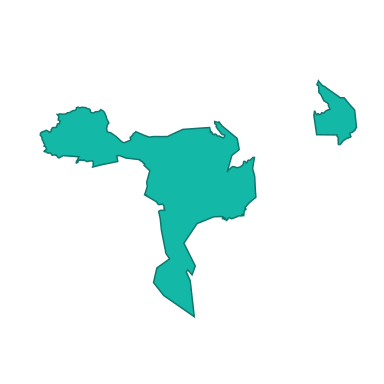 Putla Villa de Guerrero, Oaxaca, Mexico, rotated 276°
{"feature_id": "50627088B16530666088464", "entity_name": "Putla Villa de Guerrero", "entity_type": "district", "adm_level": 2, "iso_a3": "MEX", "parent_name": "Mexico", "parent_adm1": "Oaxaca", "projection": "orthographic", "projection_center": [-97.862, 16.982], "detail": "fine", "context": "isolated", "style": "filled", "palette": "teal", "viewbox_px": 384, "rotation_deg": 276, "n_neighbors": 0, "source": "geoboundaries", "source_scale": "gbopen_adm2", "svg_char_len": 5956}
<svg xmlns="http://www.w3.org/2000/svg" viewBox="0 0 384 384"><g transform="rotate(276 192 192)"><path d="M86.1,174.7L68.2,207.3L103.6,199.5L111.9,194.7L114.1,196.0L109.6,200.7L118.7,203.0L140.2,189.3L161.1,200.3L169.6,216.2L170.6,223.1L170.7,225.4L170.2,225.4L169.9,225.1L168.9,225.0L168.6,225.5L168.5,225.9L168.7,226.3L168.9,226.0L169.1,226.3L169.4,226.5L169.5,226.3L169.6,226.5L169.2,226.7L169.2,226.9L169.3,226.9L169.5,227.1L169.4,227.6L169.2,227.5L169.1,227.2L168.1,227.4L168.2,227.8L168.5,228.1L168.0,228.9L167.6,229.3L167.3,229.3L167.4,229.5L168.0,229.9L168.5,230.1L168.7,230.5L170.5,231.7L169.5,233.8L169.8,234.8L171.0,237.2L171.6,238.4L171.8,239.0L172.3,239.5L173.1,241.0L173.3,241.9L173.3,243.6L173.7,244.5L174.6,244.0L175.0,244.4L174.1,245.9L175.2,245.9L178.6,245.9L179.4,246.3L179.9,247.1L180.7,247.5L181.2,246.8L181.7,246.4L181.8,246.2L187.0,249.8L193.5,256.1L200.7,254.8L214.2,252.7L221.7,249.8L232.9,250.5L232.7,248.9L231.9,248.4L230.8,247.5L230.5,247.1L230.0,246.8L229.7,246.4L229.5,244.6L229.0,244.2L227.0,243.6L226.7,243.2L228.0,241.3L228.0,240.7L227.6,240.2L227.1,240.1L225.3,240.1L224.1,239.7L223.0,238.5L222.6,238.0L222.3,237.7L221.8,237.2L221.6,236.2L221.1,235.2L221.0,234.6L221.0,233.1L221.5,231.9L221.5,229.6L220.2,228.3L218.9,227.3L218.5,226.6L217.4,225.6L215.3,224.9L232.5,227.8L239.1,234.5L249.2,231.6L250.2,231.1L260.8,215.0L265.0,211.1L263.7,211.6L264.5,207.2L262.4,207.5L261.9,208.1L261.3,209.2L260.6,209.6L259.7,209.1L258.9,209.6L258.4,210.0L257.3,211.0L256.4,211.7L255.9,212.3L255.3,213.4L254.5,213.6L253.8,214.3L252.2,216.1L252.3,217.1L251.9,218.7L251.1,218.7L249.1,217.9L249.2,216.6L249.6,216.1L249.5,215.3L249.9,214.8L250.1,214.1L250.5,213.5L250.5,212.7L250.3,211.9L250.8,210.6L251.6,210.3L252.0,209.4L251.8,208.0L251.3,207.9L251.6,207.3L251.6,206.2L252.2,206.2L253.3,205.5L253.5,204.5L253.8,205.2L254.5,204.3L254.7,203.9L258.0,202.8L253.3,176.3L246.0,164.0L244.5,161.8L244.5,160.3L244.1,157.9L243.2,148.3L242.1,143.7L243.4,138.4L246.1,129.8L244.7,128.7L243.9,127.7L243.2,127.2L242.6,127.3L241.4,126.3L240.5,125.7L240.2,125.3L240.1,124.9L238.8,125.0L238.3,125.7L237.2,125.6L233.9,119.3L234.1,118.1L234.9,116.5L239.1,110.9L242.3,105.3L242.7,103.8L242.5,103.0L242.6,102.3L242.9,102.1L243.4,101.2L246.4,100.4L247.1,100.6L249.9,100.7L250.7,101.2L251.0,101.6L251.9,102.1L256.1,99.4L257.6,99.1L262.0,96.6L262.8,95.8L263.7,94.5L264.1,93.1L264.4,92.8L262.3,91.0L261.8,87.7L260.9,86.6L260.4,85.7L260.3,84.9L260.4,83.7L260.6,83.1L261.5,82.6L263.4,81.9L263.7,81.5L263.9,80.5L263.9,79.6L264.5,78.2L264.8,77.2L264.8,73.6L264.0,71.7L264.1,71.1L264.5,69.8L263.8,68.3L263.5,68.2L262.9,68.3L261.5,67.9L261.0,67.2L260.5,65.2L260.0,64.3L258.2,62.0L257.8,60.0L257.5,59.5L257.0,59.0L256.3,58.2L255.9,55.3L255.8,51.9L255.3,51.6L255.0,51.2L255.0,49.9L252.8,51.9L252.4,51.8L251.5,51.4L249.6,51.4L249.4,52.6L249.2,53.1L249.0,53.4L247.5,53.0L246.6,53.1L246.2,53.0L246.0,52.8L245.8,51.4L245.6,51.1L242.2,50.4L241.4,46.6L241.1,46.3L240.1,46.0L239.2,45.5L238.7,45.5L238.3,45.7L237.9,45.7L237.4,45.2L237.2,44.8L236.9,44.4L236.5,44.3L236.3,44.1L236.4,43.8L236.8,43.2L237.2,42.9L237.9,41.5L238.1,40.7L238.0,40.1L237.1,39.1L236.6,37.5L236.2,37.2L236.0,36.4L235.4,36.0L235.1,35.5L234.7,35.3L233.8,35.1L233.3,35.2L232.8,35.1L232.1,35.8L231.0,36.7L230.7,37.1L229.0,37.3L228.5,37.5L227.2,38.4L226.7,38.8L225.8,39.1L224.9,39.6L224.4,40.2L223.7,40.5L222.1,40.1L222.0,41.4L219.5,43.0L217.1,40.6L216.7,41.2L216.5,41.6L216.9,42.5L216.5,43.1L216.0,43.6L215.6,44.9L216.0,46.6L215.6,47.5L215.1,48.1L213.9,49.0L213.9,49.3L214.5,50.7L214.5,51.3L214.3,52.4L214.5,52.4L214.6,52.9L213.3,54.3L212.4,55.0L212.1,55.5L212.0,55.9L212.1,56.5L214.7,59.9L215.2,75.7L214.7,75.2L213.8,75.4L213.2,75.2L211.7,74.6L211.4,74.3L211.1,74.2L210.7,74.2L210.4,73.9L209.3,74.0L209.0,73.8L208.7,74.0L209.6,75.4L210.6,75.5L211.2,75.5L211.6,75.7L211.8,77.3L212.3,77.2L212.5,78.1L212.1,78.8L211.9,80.2L211.9,80.5L212.7,81.2L212.2,81.8L212.0,82.4L211.6,83.6L211.3,83.8L211.3,84.2L211.5,85.4L212.3,87.5L212.4,88.5L212.4,89.8L212.2,90.4L211.8,90.6L211.2,90.6L210.1,90.9L209.5,90.6L209.0,90.8L207.9,91.1L207.5,91.1L206.8,90.5L206.4,90.5L209.8,99.7L214.6,115.0L220.1,113.4L220.2,114.5L220.4,114.7L220.6,115.2L220.5,115.5L220.6,116.4L218.9,122.4L218.7,136.8L218.2,137.1L217.9,137.0L216.8,139.5L216.6,139.8L215.9,140.2L215.2,141.7L214.8,142.0L214.3,142.0L213.6,141.5L208.7,147.8L198.4,146.1L196.7,145.9L192.8,147.0L184.9,145.3L185.1,145.6L184.1,146.8L184.2,145.9L184.0,145.7L179.0,156.8L178.7,157.1L178.0,158.3L176.8,159.0L176.4,159.4L176.1,160.1L176.0,160.5L176.2,161.5L176.8,163.4L176.7,163.9L176.0,165.1L175.0,165.6L174.2,165.8L173.1,165.8L172.8,165.9L171.4,166.8L171.0,166.8L170.4,162.3L169.1,160.9L162.1,163.2L150.7,165.6L130.3,171.9L129.0,172.1L127.6,173.0L123.2,176.7L112.8,165.0L97.9,163.2L86.1,174.7ZM315.8,306.1L314.0,305.8L313.3,305.4L312.1,305.0L311.3,305.5L311.0,306.5L310.4,306.9L308.5,307.1L307.7,307.4L306.9,307.5L306.2,307.5L305.6,307.4L304.9,307.8L304.2,307.8L303.7,308.3L303.1,309.3L300.9,311.0L299.9,311.5L296.4,313.7L296.2,314.7L295.7,315.3L294.9,317.1L294.4,317.6L294.1,318.2L293.5,318.6L291.9,318.6L291.3,319.1L291.0,319.4L290.4,319.6L289.8,319.9L288.7,320.7L287.4,317.7L286.3,316.3L284.1,314.8L284.5,312.8L283.7,312.3L282.7,311.9L282.1,310.4L282.9,309.7L283.1,309.2L282.8,308.7L282.2,308.4L281.9,307.9L282.3,307.3L283.5,306.7L284.6,305.9L285.0,305.9L285.1,305.4L280.9,305.2L262.0,310.0L263.9,330.2L262.7,330.4L261.5,331.6L260.7,331.9L258.6,331.9L257.1,332.3L255.0,332.4L254.4,333.3L254.7,334.1L255.4,335.0L256.5,335.7L258.4,336.7L261.2,339.9L261.6,340.3L262.1,341.3L262.0,342.1L262.5,342.4L262.8,342.9L263.0,343.5L263.6,344.3L264.5,343.9L266.4,342.7L267.0,343.1L267.5,343.7L268.2,345.5L268.9,345.9L269.8,346.9L270.3,347.4L271.1,347.9L272.0,347.9L272.6,348.3L273.2,348.9L290.5,345.2L295.4,339.7L301.6,333.5L301.3,329.7L301.1,329.6L302.8,326.9L307.2,318.9L309.7,314.6L311.0,312.7L311.2,310.9L314.3,307.5L315.8,306.1Z" fill="#14b8a6" stroke="#0f766e" stroke-width="1.5"/></g></svg>